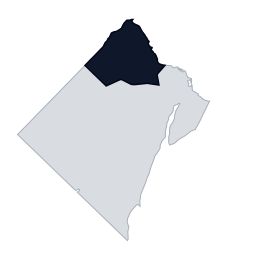 Matruh highlighted on a map of Egypt, rotated 44°
{"feature_id": "EGY-1540", "entity_name": "Matruh", "entity_type": "Governorate", "adm_level": 1, "iso_a3": "EGY", "parent_name": "Egypt", "parent_adm1": "", "projection": "equal_earth", "projection_center": [26.768, 29.661], "detail": "fine", "context": "in_parent", "style": "filled", "palette": "ink", "viewbox_px": 256, "rotation_deg": 44, "n_neighbors": 0, "source": "natural_earth", "source_scale": "10m", "svg_char_len": 4735}
<svg xmlns="http://www.w3.org/2000/svg" viewBox="0 0 256 256"><g transform="rotate(44 128 128)"><path d="M205.8,209.4L201.6,209.4L197.4,209.4L193.2,209.4L189.0,209.4L184.7,209.4L180.5,209.4L176.3,209.4L172.1,209.4L167.9,209.4L163.7,209.4L159.5,209.4L155.2,209.4L151.0,209.4L146.8,209.4L142.6,209.4L138.4,209.4L136.0,209.4L136.4,207.9L136.6,206.8L136.3,206.1L135.5,205.9L135.0,206.1L133.8,209.3L133.1,209.4L131.6,209.4L126.7,209.4L121.8,209.4L116.9,209.4L112.0,209.4L107.1,209.4L102.2,209.4L97.3,209.4L92.3,209.4L87.4,209.4L82.5,209.4L77.6,209.4L72.7,209.4L67.8,209.4L62.9,209.4L58.0,209.4L53.1,209.4L53.1,205.6L53.1,201.7L53.2,197.8L53.2,194.0L53.2,190.1L53.2,186.3L53.2,182.4L53.2,178.6L53.3,174.8L53.3,170.9L53.3,167.1L53.3,163.3L53.3,159.4L53.4,155.6L53.4,151.8L53.4,148.0L53.4,144.2L53.4,140.4L53.5,136.6L53.5,132.8L53.5,129.0L53.5,125.2L53.5,121.4L53.6,117.6L53.6,113.8L53.6,110.1L53.6,106.3L53.6,102.5L53.7,98.8L53.7,95.0L53.7,91.3L53.7,87.5L53.6,86.8L52.9,84.3L52.3,81.1L51.7,77.1L51.6,75.8L50.5,71.7L50.4,70.6L50.7,69.8L52.6,66.3L53.2,64.7L53.6,62.7L53.8,61.1L53.3,58.6L52.6,56.4L52.4,54.1L52.4,51.8L53.3,50.3L54.5,48.9L54.9,48.0L55.6,47.0L56.1,46.6L57.0,48.6L58.9,48.9L65.3,47.1L72.2,48.9L76.1,49.6L82.0,51.1L85.6,53.9L86.6,54.2L89.2,54.1L90.9,55.8L97.7,56.5L101.3,58.3L103.4,59.7L104.6,60.2L105.7,60.1L107.2,59.6L109.0,58.6L111.0,57.2L115.2,53.6L116.7,53.0L117.6,53.2L118.8,53.1L119.3,52.1L119.9,51.5L120.3,50.7L120.9,49.8L123.1,49.6L127.4,48.0L126.9,48.8L123.0,50.5L124.7,50.7L126.4,50.1L128.4,49.7L128.7,49.0L129.0,47.6L129.4,47.4L130.7,47.7L134.9,49.8L135.9,49.9L138.7,48.7L139.3,48.4L140.3,49.1L142.5,51.7L141.7,51.7L139.4,49.4L139.2,50.5L138.0,52.5L139.6,53.4L140.9,53.7L141.6,54.8L142.1,55.8L143.4,55.4L144.3,54.1L143.8,53.3L143.5,52.5L143.9,52.5L144.8,53.1L147.5,55.7L148.3,56.2L149.3,56.1L151.4,55.4L152.0,55.5L154.8,54.6L155.2,55.3L155.7,56.0L157.9,55.2L161.5,55.2L164.4,54.4L167.7,52.4L168.0,52.0L168.2,52.5L168.6,53.9L169.7,57.4L170.7,60.2L171.9,64.0L172.3,65.5L172.5,66.5L174.2,70.7L175.2,74.2L176.0,77.0L177.1,81.2L177.6,82.6L176.9,83.4L175.6,86.1L174.3,94.6L172.3,101.3L172.2,105.5L171.9,107.0L170.9,109.2L169.7,111.3L167.5,110.2L163.8,106.5L161.7,103.0L159.4,100.8L157.2,97.8L156.6,95.6L156.6,94.3L155.6,90.9L154.9,89.3L152.3,85.8L151.5,83.9L150.9,83.1L150.3,81.9L149.3,77.3L148.2,74.4L147.1,75.2L147.3,76.4L146.4,78.1L145.8,80.1L146.3,81.7L148.4,84.1L148.9,85.2L149.4,87.5L149.4,90.7L149.7,91.8L151.4,94.1L151.9,95.5L152.3,96.7L152.9,97.8L154.5,99.9L156.8,103.8L159.0,106.4L160.5,107.7L161.2,109.0L161.4,112.3L161.4,113.9L162.8,116.9L163.3,118.4L164.7,119.6L165.3,121.0L165.9,123.3L166.9,130.0L168.0,131.7L171.8,140.6L174.9,146.2L176.4,150.5L178.8,155.6L183.3,166.9L186.0,170.4L187.1,172.4L189.0,173.9L191.1,176.1L189.1,175.9L188.7,176.0L188.0,176.4L187.7,177.7L187.6,178.8L187.9,184.6L188.5,187.5L190.4,193.1L191.7,194.8L192.3,195.8L193.2,196.6L197.3,198.5L199.8,202.6L205.2,207.7L205.8,209.1L205.8,209.4Z" fill="#d9dde1" stroke="#a8b0b8" stroke-width="1"/><path d="M53.6,105.7L53.7,99.1L53.7,92.4L53.7,89.6L53.7,87.5L53.7,86.6L53.4,85.7L52.4,82.8L52.3,82.2L52.3,81.5L52.4,80.3L52.4,79.9L52.2,79.2L51.6,78.0L51.5,77.3L51.7,76.4L51.7,76.1L51.7,75.7L50.6,72.6L50.3,71.9L50.2,71.5L50.2,70.9L50.4,70.3L50.9,69.2L51.1,68.7L51.3,68.4L51.6,67.9L52.0,67.5L52.7,66.2L53.0,65.7L53.1,65.1L53.1,64.8L53.5,63.6L53.6,62.7L53.8,62.1L54.0,61.5L54.1,60.9L53.9,60.3L53.4,58.9L53.2,58.1L52.8,57.1L52.7,56.7L52.4,55.0L52.4,53.6L52.3,52.2L52.3,51.6L52.5,51.1L54.5,49.2L55.0,47.8L55.3,47.3L56.1,46.6L56.2,47.8L56.3,48.3L56.6,48.6L56.8,48.7L57.5,48.7L57.9,49.0L58.2,49.0L58.8,48.9L58.9,49.0L59.0,49.0L59.4,48.9L59.7,48.8L60.1,48.8L62.1,48.1L64.4,47.2L65.0,47.1L66.2,47.2L71.0,48.8L74.6,49.3L74.8,49.4L75.0,49.5L75.6,49.5L75.9,49.5L76.8,50.0L77.3,50.2L77.8,50.2L78.3,50.0L78.5,50.0L78.9,50.3L79.0,50.4L79.3,50.4L79.6,50.6L80.4,50.9L81.2,51.0L81.5,51.1L81.7,51.3L81.8,51.2L82.0,51.1L82.9,51.1L83.0,51.1L83.2,51.3L83.2,51.5L83.3,51.7L83.3,51.8L83.4,52.2L83.5,52.3L83.7,52.9L83.8,53.2L84.1,53.5L84.5,53.7L84.8,53.8L85.6,54.0L85.9,54.1L86.2,54.2L86.5,54.0L87.1,54.4L87.8,54.2L89.3,53.4L89.5,53.4L89.6,53.5L89.7,54.1L90.0,54.8L90.0,55.3L90.0,55.5L90.4,55.7L91.0,55.8L93.2,55.8L93.4,55.9L93.5,56.0L93.8,56.2L94.2,56.2L94.5,56.2L95.0,56.3L95.3,56.4L95.5,56.3L96.1,56.0L96.3,55.9L96.6,56.0L96.8,56.1L97.0,56.3L97.2,56.5L97.7,56.5L97.9,56.5L98.0,56.6L100.4,57.6L100.8,57.9L101.1,58.0L101.4,58.1L101.5,58.2L101.6,58.6L101.6,58.8L101.9,58.9L104.1,60.2L106.1,60.1L106.4,60.0L108.1,59.1L110.0,58.1L110.6,57.5L111.1,57.2L111.6,68.3L112.2,69.7L120.4,75.6L110.8,82.5L102.7,92.1L100.2,94.3L90.3,97.4L89.4,97.8L88.8,98.6L88.5,99.2L83.1,112.9L53.8,112.9L53.6,112.9L53.6,107.0L53.6,105.7Z" fill="#0f172a" stroke="#020617" stroke-width="1.5"/></g></svg>